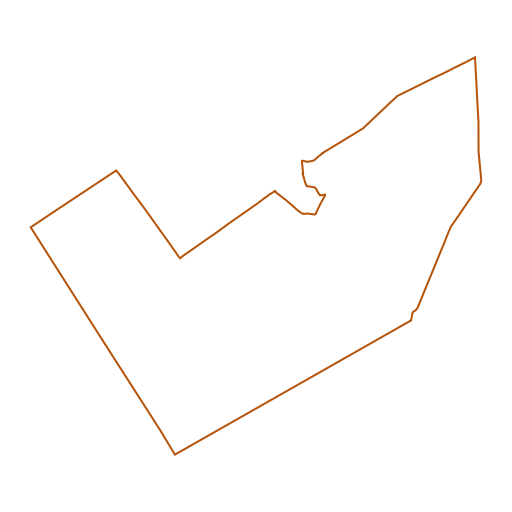 Abu Kamal, Dayr Az Zawr, Syria
{"feature_id": "27442178B22276011833046", "entity_name": "Abu Kamal", "entity_type": "district", "adm_level": 2, "iso_a3": "SYR", "parent_name": "Syria", "parent_adm1": "Dayr Az Zawr", "projection": "albers", "projection_center": [40.768, 34.588], "detail": "fine", "context": "isolated", "style": "outline", "palette": "amber", "viewbox_px": 512, "rotation_deg": 0, "n_neighbors": 0, "source": "geoboundaries", "source_scale": "gbopen_adm2", "svg_char_len": 1832}
<svg xmlns="http://www.w3.org/2000/svg" viewBox="0 0 512 512"><path d="M174.9,454.6L406.3,323.1L407.8,322.3L411.0,320.5L412.5,313.0L412.6,312.8L412.8,312.4L413.1,311.8L414.0,311.3L415.6,310.3L416.1,309.7L417.4,308.2L421.9,297.3L422.4,296.2L423.0,294.5L441.3,250.0L444.1,243.2L445.3,240.3L445.5,239.6L450.6,227.1L459.0,215.0L463.4,208.5L463.9,207.8L480.3,183.8L480.7,182.5L481.3,180.9L480.6,173.2L479.8,165.0L479.3,159.2L478.6,152.2L478.5,137.2L478.5,127.6L478.5,122.5L478.3,118.6L478.2,117.0L477.2,98.8L476.1,77.4L475.6,68.9L475.6,67.9L475.4,65.0L475.4,64.4L475.3,62.9L475.0,57.4L465.9,62.1L454.3,67.8L448.3,70.9L447.9,71.1L447.5,71.3L446.8,71.6L446.6,71.8L442.8,73.6L434.6,77.5L406.0,91.7L397.0,96.2L395.9,97.5L390.4,102.4L374.5,117.5L362.9,128.5L326.2,150.8L322.4,153.1L322.7,153.4L321.3,154.3L321.2,154.3L317.1,157.6L314.5,160.0L314.3,160.2L313.4,160.5L312.6,160.8L311.3,161.1L310.1,161.4L306.9,161.8L305.5,161.4L304.5,161.1L304.2,161.0L302.5,160.7L301.9,160.9L303.1,173.8L302.7,173.9L303.8,177.7L305.1,182.4L305.6,183.4L306.4,185.7L306.6,186.1L308.5,186.4L310.3,186.6L313.2,187.1L314.9,187.4L316.0,188.9L316.6,189.8L318.1,192.7L320.1,195.3L322.4,195.1L322.8,195.0L324.3,194.7L324.9,194.6L325.0,195.1L325.1,195.6L324.7,196.2L323.9,197.4L323.2,198.7L320.1,204.5L317.8,209.1L315.6,214.1L315.4,214.2L314.9,214.5L312.9,214.3L310.6,214.0L308.2,213.6L305.0,213.8L304.1,213.8L302.0,213.5L297.5,210.2L290.4,203.9L286.6,200.6L276.1,192.5L275.0,190.9L273.8,191.8L269.2,194.6L257.0,203.8L228.5,223.7L220.4,229.7L219.8,230.2L219.0,230.8L204.4,240.9L198.0,245.4L183.4,255.6L180.1,258.3L178.6,256.5L166.4,239.1L161.9,232.9L152.8,220.1L144.9,209.1L133.9,194.3L120.5,175.9L117.4,171.9L116.3,170.5L113.6,172.2L112.9,172.7L86.0,190.5L55.8,210.5L30.7,227.3L100.7,337.4L160.7,431.0L174.9,454.6Z" fill="none" stroke="#b45309" stroke-width="2"/></svg>